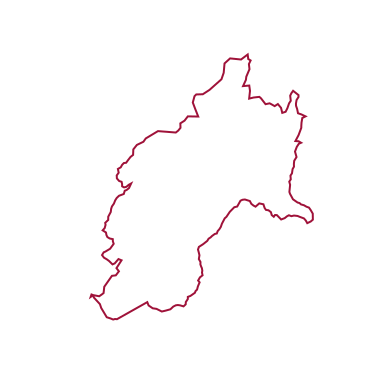 Iguaracy, Pernambuco, Brazil (Albers equal-area conic projection), rotated 147°
{"feature_id": "56859067B60257511130635", "entity_name": "Iguaracy", "entity_type": "district", "adm_level": 2, "iso_a3": "BRA", "parent_name": "Brazil", "parent_adm1": "Pernambuco", "projection": "albers", "projection_center": [-37.408, -7.849], "detail": "fine", "context": "isolated", "style": "outline", "palette": "rose", "viewbox_px": 384, "rotation_deg": 147, "n_neighbors": 0, "source": "geoboundaries", "source_scale": "gbopen_adm2", "svg_char_len": 3181}
<svg xmlns="http://www.w3.org/2000/svg" viewBox="0 0 384 384"><g transform="rotate(147 192 192)"><path d="M331.0,159.3L331.8,157.1L330.3,148.1L331.3,144.2L331.7,133.4L329.1,130.2L327.6,128.0L325.7,127.4L324.2,126.2L289.5,124.0L290.2,120.5L288.3,115.9L285.4,113.3L282.4,108.2L278.8,106.9L274.0,105.4L270.1,106.1L267.3,105.8L265.4,104.9L263.7,103.4L261.4,100.7L258.5,101.2L257.1,103.1L253.8,104.5L252.6,106.3L250.0,105.7L244.5,105.9L242.9,107.0L240.9,107.4L238.5,109.6L234.8,112.1L235.1,114.4L231.8,116.1L228.5,116.4L227.5,119.0L226.2,120.4L225.2,122.7L224.9,124.6L224.4,126.7L223.0,128.7L222.8,132.0L220.2,134.9L219.2,137.7L218.3,140.5L216.1,142.2L211.1,142.2L205.8,142.7L203.5,143.8L201.1,143.8L199.2,144.2L195.7,144.4L193.8,143.7L191.8,145.2L189.3,145.9L186.9,147.0L184.2,149.1L181.0,150.9L178.9,152.1L176.7,152.4L171.1,154.8L164.8,156.2L162.0,155.2L156.1,158.3L153.9,158.0L151.7,156.9L148.4,152.9L148.7,149.8L147.8,147.1L146.7,145.1L141.8,145.8L138.8,142.8L139.8,139.0L139.7,136.7L137.8,135.0L136.8,132.1L137.7,129.2L136.9,126.7L134.9,127.5L133.4,126.4L132.7,122.9L132.2,120.4L128.5,119.6L125.5,119.9L123.4,119.7L121.8,117.6L119.3,116.7L116.5,114.4L115.2,112.5L112.5,108.9L112.1,106.1L112.3,103.1L108.5,102.6L105.7,103.0L102.5,108.1L102.3,112.3L102.4,115.2L104.0,117.3L105.3,119.9L107.4,122.3L107.8,124.1L109.2,125.7L111.3,130.9L111.0,134.4L110.8,137.1L110.3,139.0L105.8,144.6L104.8,147.7L102.3,148.8L100.5,152.1L98.0,153.2L96.4,155.0L95.2,156.4L92.7,157.7L91.3,160.0L89.3,162.5L85.3,164.4L83.6,169.8L79.5,172.8L76.1,174.3L73.7,173.9L75.0,176.5L77.5,178.4L71.6,181.7L65.4,186.3L64.4,187.8L62.4,190.5L59.2,194.0L55.6,193.6L58.0,197.5L60.2,200.3L58.6,204.4L57.8,207.6L56.7,209.5L54.2,212.2L50.9,213.7L49.9,215.3L52.1,221.8L54.9,220.7L57.2,219.3L59.5,214.7L62.3,213.5L66.4,210.3L69.8,208.3L73.2,209.2L71.5,214.1L72.1,219.0L75.9,219.0L77.6,222.3L78.6,224.1L82.5,225.6L83.1,233.0L83.7,235.1L88.9,237.7L93.2,239.2L88.3,245.2L86.0,250.1L91.5,253.0L85.7,256.7L83.7,259.1L76.9,263.7L74.6,268.3L71.2,270.4L72.4,272.9L70.4,277.0L78.7,276.4L87.3,283.3L94.7,282.1L100.5,274.7L105.9,270.5L121.7,268.1L129.7,268.1L135.3,271.5L137.7,271.0L142.6,266.6L144.0,260.2L145.7,251.9L154.3,257.7L159.4,255.9L164.4,255.9L166.7,252.1L170.1,251.0L173.2,250.7L178.0,254.4L180.6,256.4L187.4,261.6L201.6,262.1L205.4,260.6L212.6,261.5L218.0,259.7L221.2,255.2L224.4,254.9L228.2,253.6L231.3,252.4L233.4,253.4L235.9,252.8L238.3,251.5L241.6,251.7L243.0,248.1L246.1,246.9L247.6,244.3L247.1,240.9L245.5,238.9L246.2,236.9L247.5,234.8L246.5,232.9L244.3,232.1L241.1,232.5L238.4,232.3L242.7,229.6L245.8,229.3L247.7,229.7L250.3,227.5L255.3,228.6L258.4,228.0L261.0,226.8L263.8,224.8L267.0,223.5L269.0,221.9L271.0,219.5L275.7,216.9L277.5,214.2L281.6,213.4L282.4,211.5L284.9,209.3L287.8,208.5L286.2,204.9L287.2,202.5L287.5,200.3L286.4,197.9L284.1,195.6L285.2,193.8L285.9,191.2L291.6,189.0L297.2,189.2L298.9,189.5L301.8,188.1L301.6,184.9L300.1,181.9L299.1,179.2L298.1,174.6L295.7,174.2L290.2,175.8L288.3,173.1L296.8,169.3L296.5,165.3L301.3,163.6L304.8,165.3L317.2,160.3L321.2,155.4L323.4,155.2L326.6,155.1L331.0,159.3ZM334.1,159.2L331.0,159.3L332.1,160.8L334.1,159.2Z" fill="none" stroke="#9f1239" stroke-width="2"/></g></svg>